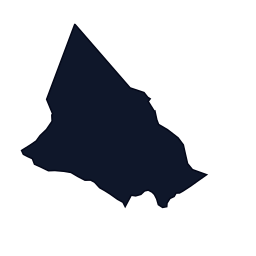 outline of Kristinehamn, Värmland, Sweden, rotated 114°
{"feature_id": "70781695B91017717929133", "entity_name": "Kristinehamn", "entity_type": "district", "adm_level": 2, "iso_a3": "SWE", "parent_name": "Sweden", "parent_adm1": "Värmland", "projection": "albers", "projection_center": [14.142, 59.269], "detail": "fine", "context": "isolated", "style": "filled", "palette": "ink", "viewbox_px": 256, "rotation_deg": 114, "n_neighbors": 0, "source": "geoboundaries", "source_scale": "gbopen_adm2", "svg_char_len": 975}
<svg xmlns="http://www.w3.org/2000/svg" viewBox="0 0 256 256"><g transform="rotate(114 128 128)"><path d="M55.1,218.8L55.3,218.8L134.9,214.0L145.7,202.6L147.1,202.9L152.7,200.1L162.6,201.9L170.6,205.2L177.2,206.6L183.4,210.4L188.0,213.5L191.8,216.1L194.6,212.9L194.9,207.7L194.9,202.9L199.1,198.7L199.1,192.4L199.4,183.3L196.6,177.6L193.6,168.9L191.8,162.0L192.7,154.2L193.2,146.1L190.8,141.0L191.1,136.5L194.1,129.6L194.7,123.6L195.6,117.4L197.3,109.0L197.4,108.3L197.9,102.4L201.0,98.6L188.1,97.7L186.9,93.4L183.4,89.2L178.8,87.3L176.5,84.2L176.8,79.9L178.0,76.8L181.1,73.0L185.7,69.1L186.5,64.1L184.1,60.6L180.7,61.8L175.3,61.0L171.8,58.0L167.9,57.6L166.4,54.5L163.3,52.2L155.4,47.1L148.2,42.9L138.7,37.2L139.8,52.2L136.3,59.1L128.6,64.9L120.9,70.6L116.6,78.3L113.5,91.1L112.3,101.5L108.8,105.0L101.7,110.2L101.9,110.3L101.5,111.5L95.5,120.4L92.3,119.6L91.9,122.5L89.1,127.8L90.5,142.4L55.0,218.4L55.1,218.8Z" fill="#0f172a" stroke="#020617" stroke-width="1.5"/></g></svg>